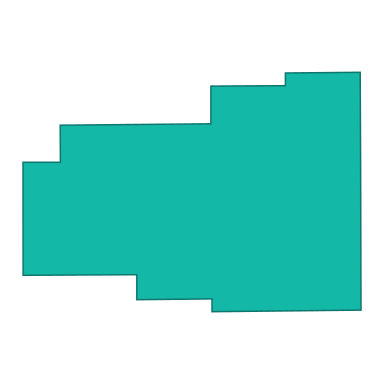 the district of Allen, Ohio, United States of America
{"feature_id": "52423323B40875098856035", "entity_name": "Allen", "entity_type": "district", "adm_level": 2, "iso_a3": "USA", "parent_name": "United States of America", "parent_adm1": "Ohio", "projection": "orthographic", "projection_center": [-84.117, 40.782], "detail": "fine", "context": "isolated", "style": "filled", "palette": "teal", "viewbox_px": 384, "rotation_deg": 0, "n_neighbors": 0, "source": "geoboundaries", "source_scale": "gbopen_adm2", "svg_char_len": 315}
<svg xmlns="http://www.w3.org/2000/svg" viewBox="0 0 384 384"><path d="M360.2,72.3L285.4,73.0L285.4,85.7L210.9,86.1L210.9,123.8L60.2,125.2L60.4,162.3L23.0,162.3L23.1,275.3L136.8,274.7L136.8,299.7L212.0,298.9L212.0,311.7L361.0,310.1L360.6,159.0L360.2,72.3Z" fill="#14b8a6" stroke="#0f766e" stroke-width="1.5"/></svg>